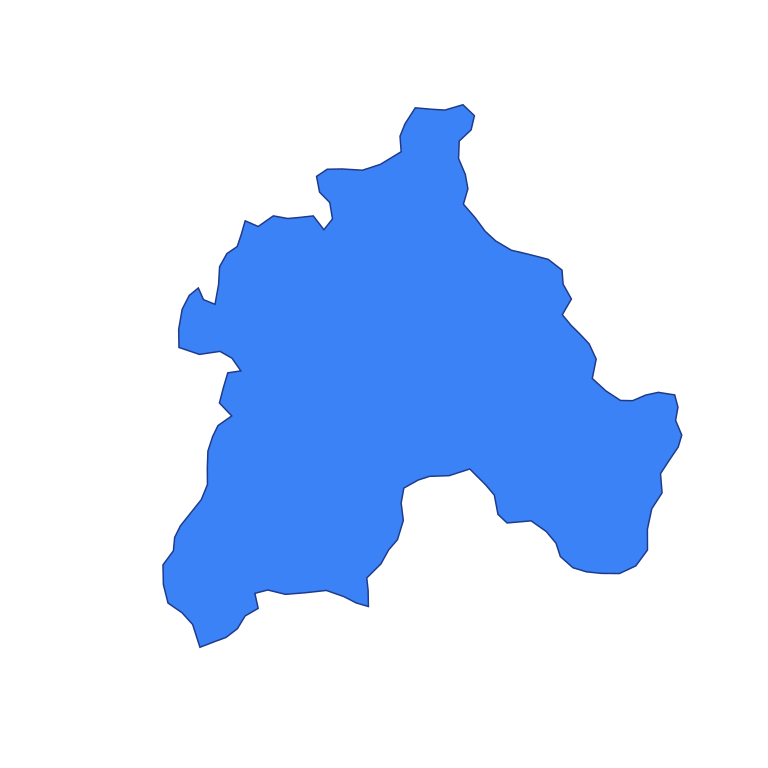 Itamarati de Minas, Minas Gerais, Brazil (orthographic projection), rotated 162°
{"feature_id": "56859067B34980418963109", "entity_name": "Itamarati de Minas", "entity_type": "district", "adm_level": 2, "iso_a3": "BRA", "parent_name": "Brazil", "parent_adm1": "Minas Gerais", "projection": "orthographic", "projection_center": [-42.847, -21.427], "detail": "fine", "context": "isolated", "style": "filled", "palette": "blue", "viewbox_px": 768, "rotation_deg": 162, "n_neighbors": 0, "source": "geoboundaries", "source_scale": "gbopen_adm2", "svg_char_len": 1791}
<svg xmlns="http://www.w3.org/2000/svg" viewBox="0 0 768 768"><g transform="rotate(162 384 384)"><path d="M184.7,144.7L178.4,164.4L167.9,182.6L153.2,194.5L148.7,213.3L136.7,223.0L123.6,233.2L116.6,243.4L117.9,259.3L111.6,271.1L110.9,283.8L125.7,291.3L138.7,292.6L152.7,291.3L164.2,295.3L175.2,309.0L184.2,324.9L174.5,342.1L176.5,358.7L182.3,371.1L188.0,382.1L193.0,394.8L179.5,406.9L182.8,423.5L179.5,437.3L189.3,451.8L206.6,462.8L221.6,471.9L233.6,485.6L240.6,498.0L245.9,513.9L252.9,530.5L243.9,543.7L241.9,558.2L243.4,575.4L237.4,591.8L222.6,598.8L215.1,611.2L222.6,625.2L241.4,625.7L253.6,630.5L268.9,637.0L283.7,624.9L292.2,614.7L295.9,599.6L319.7,594.0L338.5,594.0L357.5,601.5L371.7,605.8L384.0,602.3L386.0,586.4L379.5,573.3L382.0,556.9L393.5,549.3L399.3,565.7L412.3,568.4L424.3,571.1L437.3,578.1L455.0,572.7L465.6,582.1L473.8,570.0L481.1,560.1L493.1,556.6L504.1,546.4L510.6,529.7L520.1,512.0L529.6,520.0L530.9,532.7L541.9,528.4L552.9,517.4L562.4,499.4L567.7,482.1L550.4,469.2L529.9,465.7L520.6,455.5L516.1,440.7L529.1,442.9L538.2,429.7L546.4,416.8L538.7,400.7L554.7,395.8L563.2,387.0L572.2,374.6L578.0,358.7L583.0,342.9L593.5,330.5L606.8,321.7L621.5,312.0L630.5,302.8L635.8,290.5L650.1,280.3L655.8,261.4L657.1,242.4L646.8,228.9L640.3,214.4L640.4,190.5L625.6,191.3L612.6,191.8L599.0,196.6L587.8,206.3L573.0,209.5L571.5,224.8L558.2,224.0L542.7,214.4L523.4,209.8L502.7,205.5L488.1,194.4L477.9,184.2L467.6,177.2L462.9,192.6L460.3,204.9L442.6,213.8L430.8,224.8L419.3,231.8L407.8,248.2L404.5,265.4L397.3,278.9L381.2,282.1L369.2,282.1L350.4,276.7L328.7,276.7L318.4,256.5L313.4,244.2L315.9,224.8L309.9,213.8L286.4,208.4L275.3,193.6L269.6,179.4L269.6,165.4L261.1,150.9L249.5,142.8L235.5,136.6L218.7,131.0L200.7,133.2L184.7,144.7Z" fill="#3b82f6" stroke="#1e3a8a" stroke-width="1.5"/></g></svg>